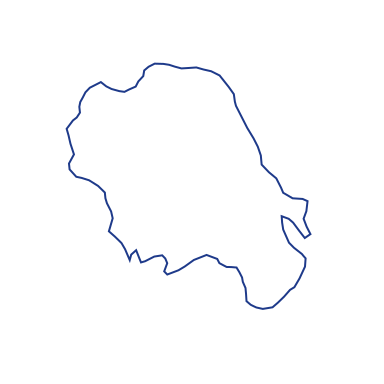 Kythrea, Cyprus (Natural Earth projection), rotated 63°
{"feature_id": "46923920B79735080950655", "entity_name": "Kythrea", "entity_type": "district", "adm_level": 2, "iso_a3": "CYP", "parent_name": "Cyprus", "parent_adm1": "", "projection": "natural_earth1", "projection_center": [33.485, 35.259], "detail": "fine", "context": "isolated", "style": "outline", "palette": "blue", "viewbox_px": 384, "rotation_deg": 63, "n_neighbors": 0, "source": "geoboundaries", "source_scale": "gbopen_adm2", "svg_char_len": 1617}
<svg xmlns="http://www.w3.org/2000/svg" viewBox="0 0 384 384"><g transform="rotate(63 192 192)"><path d="M189.3,283.9L196.6,281.0L205.5,278.0L212.6,277.6L224.4,278.4L220.2,274.6L218.5,268.2L226.9,269.0L231.6,269.4L232.4,265.2L232.4,254.9L234.9,247.3L239.1,246.0L244.2,246.4L250.1,252.8L254.3,251.5L255.6,239.6L255.1,232.3L253.4,221.2L254.7,207.6L263.1,199.9L267.8,199.9L271.4,197.4L274.5,195.2L276.6,191.3L279.5,186.6L285.0,186.2L290.9,186.2L295.1,187.5L301.8,187.9L307.3,190.1L314.0,193.0L319.1,190.9L321.4,189.2L324.1,187.1L328.3,182.0L331.3,172.6L329.6,165.7L327.1,157.6L323.7,149.1L323.3,144.0L317.8,135.4L309.8,125.2L302.7,120.9L299.6,121.7L297.2,122.2L287.9,126.5L281.2,128.6L266.9,127.8L260.2,125.6L254.3,123.1L259.8,118.0L265.2,115.8L275.3,114.1L284.2,112.4L283.3,105.6L274.9,105.6L266.5,104.7L261.0,98.8L258.3,97.0L252.6,93.2L248.4,96.6L243.3,105.2L234.1,111.1L228.6,110.7L218.1,110.7L209.3,114.5L199.2,117.5L190.7,114.1L181.5,112.8L172.2,112.8L160.0,113.7L144.9,113.7L135.2,113.7L131.0,112.8L123.8,110.3L115.0,111.6L100.7,114.5L93.1,120.1L88.1,126.1L83.0,131.6L80.1,138.4L77.1,145.3L72.5,150.4L68.3,154.6L64.9,159.3L60.7,167.0L60.7,173.8L62.0,179.4L66.6,182.8L69.1,189.6L72.5,194.3L72.1,201.6L72.1,206.7L69.1,211.0L63.7,216.9L59.0,220.4L52.7,223.3L52.7,229.3L52.7,235.7L54.8,241.7L58.2,246.4L61.1,250.7L64.9,253.7L70.4,255.8L73.3,260.9L74.2,265.6L78.8,275.0L85.5,276.3L93.9,278.4L104.9,280.1L110.8,288.7L116.3,290.8L125.9,288.2L129.3,284.0L134.8,278.4L144.0,272.9L152.9,269.9L158.3,272.0L163.4,272.9L172.6,272.9L179.4,274.6L185.7,280.5L189.3,283.9Z" fill="none" stroke="#1e3a8a" stroke-width="2"/></g></svg>